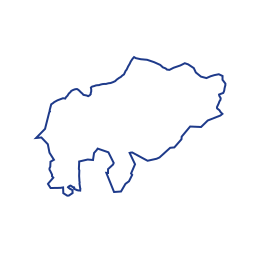 outline of Ife South, Osun, Nigeria, rotated 205°
{"feature_id": "59680162B5974853059370", "entity_name": "Ife South", "entity_type": "district", "adm_level": 2, "iso_a3": "NGA", "parent_name": "Nigeria", "parent_adm1": "Osun", "projection": "albers", "projection_center": [4.591, 7.196], "detail": "fine", "context": "isolated", "style": "outline", "palette": "blue", "viewbox_px": 256, "rotation_deg": 205, "n_neighbors": 0, "source": "geoboundaries", "source_scale": "gbopen_adm2", "svg_char_len": 3296}
<svg xmlns="http://www.w3.org/2000/svg" viewBox="0 0 256 256"><g transform="rotate(205 128 128)"><path d="M77.8,130.0L74.8,140.4L75.7,142.9L72.3,155.6L62.2,159.8L58.9,168.5L49.5,178.4L48.4,180.7L49.3,181.0L51.1,181.7L52.5,182.7L54.1,183.1L55.5,183.4L56.2,184.5L56.2,186.2L56.2,187.8L56.2,188.8L56.4,190.7L56.1,192.5L56.6,194.2L58.9,195.8L59.6,196.8L58.6,197.9L56.5,200.0L56.5,201.7L56.7,202.9L57.2,204.5L57.6,206.4L57.8,207.8L58.5,209.4L61.3,210.9L62.7,211.6L64.3,215.1L68.4,215.1L72.1,212.4L75.0,209.8L78.0,206.4L83.6,205.4L90.0,207.0L93.7,210.1L100.4,211.1L103.9,210.7L107.0,206.8L112.1,201.9L115.0,198.2L117.4,197.4L119.1,197.9L122.2,197.7L123.5,198.2L125.5,198.8L132.3,198.7L139.5,197.9L145.6,195.7L150.5,194.6L152.5,194.8L153.0,193.1L153.2,192.1L153.6,189.5L153.6,186.9L153.9,183.9L153.9,180.2L154.3,179.0L154.3,177.5L154.3,174.9L155.4,173.0L156.1,171.2L157.2,169.7L158.7,167.0L159.4,165.1L160.9,163.3L162.8,161.4L164.6,160.3L166.5,158.7L168.0,158.0L169.8,156.9L171.3,155.7L172.4,154.6L173.9,153.8L174.5,153.4L175.0,153.1L176.5,151.6L178.0,150.4L178.4,149.7L178.7,148.9L177.6,147.4L176.8,145.6L176.5,143.7L176.1,143.0L176.5,141.5L177.6,140.0L179.1,140.0L182.4,139.2L183.9,139.9L185.4,140.3L188.4,141.4L190.3,141.8L191.4,141.4L191.9,141.0L192.5,140.6L192.9,140.2L193.6,139.5L194.1,138.9L195.1,137.6L195.4,136.1L196.2,134.2L196.5,131.7L197.3,129.4L197.3,128.2L199.5,127.5L203.6,123.3L204.7,121.8L205.8,120.3L206.5,118.8L207.6,117.0L206.5,111.0L206.5,110.9L205.7,110.0L206.1,109.1L206.0,108.8L203.2,94.1L202.8,92.2L207.1,80.1L205.7,80.9L202.5,82.8L193.8,79.4L188.7,72.4L181.7,67.9L184.0,64.7L182.1,60.1L182.1,58.3L181.8,57.5L181.2,56.8L180.3,56.2L177.1,53.6L176.5,52.2L174.7,51.4L176.8,44.1L176.9,43.5L172.8,40.9L164.1,45.1L161.7,46.7L159.1,41.6L154.5,41.0L153.1,41.7L150.7,45.6L150.8,45.9L151.2,46.4L151.3,46.7L151.5,47.1L151.7,47.5L151.8,47.9L151.9,48.0L152.1,48.2L152.3,48.2L152.5,48.2L152.8,48.3L153.0,48.3L153.3,48.3L153.5,48.3L153.8,48.3L154.0,48.4L154.3,48.4L154.5,48.4L154.8,48.4L155.0,48.5L155.1,48.4L155.3,48.5L155.6,48.5L156.0,48.6L156.5,48.7L156.7,48.8L157.0,48.9L157.2,49.0L157.3,49.0L157.3,49.3L157.2,49.4L157.2,49.5L156.9,49.9L156.9,50.0L156.7,50.3L156.6,50.5L156.4,50.8L156.3,51.0L156.2,51.1L156.0,51.3L155.9,51.3L155.7,51.5L155.4,51.5L155.2,51.5L155.0,51.4L154.9,51.4L154.7,51.4L154.4,51.3L154.2,51.3L153.9,51.3L153.8,51.2L153.7,51.2L153.4,51.2L153.2,51.1L152.9,51.1L152.7,51.1L152.4,51.2L152.3,51.3L152.2,51.3L151.9,51.4L151.7,51.4L151.5,51.1L151.4,51.0L151.4,50.8L151.3,50.7L151.2,50.5L151.2,50.3L151.2,50.2L150.9,50.1L150.7,50.1L150.2,50.1L149.9,50.1L149.7,50.1L149.3,50.2L149.1,50.2L148.9,50.1L148.7,50.1L148.3,50.1L148.1,50.1L147.9,50.2L147.7,50.2L147.6,50.3L147.4,50.3L147.1,50.3L146.9,50.4L146.7,50.4L146.6,50.5L146.3,50.6L146.1,50.6L145.8,50.7L145.6,50.9L145.3,51.0L144.9,51.1L145.6,53.0L145.9,53.2L148.5,57.1L148.8,58.2L149.8,59.7L150.3,60.7L152.0,63.8L152.6,65.2L154.2,69.0L155.2,70.1L157.2,75.0L158.1,77.0L151.2,82.4L146.2,84.2L148.2,91.0L147.0,95.1L146.8,96.5L135.5,97.7L126.2,90.3L126.1,88.6L128.7,82.3L127.1,78.8L128.7,78.2L113.6,64.1L107.5,67.5L106.7,76.3L104.6,80.1L104.4,87.3L106.0,88.1L106.3,98.1L116.0,106.1L115.2,106.8L113.8,107.6L100.5,106.8L96.4,106.6L89.1,112.2L87.0,114.6L81.4,127.9L77.8,130.0Z" fill="none" stroke="#1e3a8a" stroke-width="2"/></g></svg>